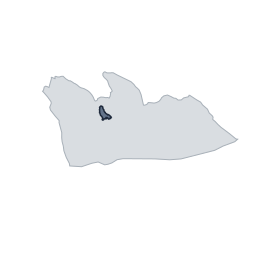 location of Suakoko, Bong, Liberia, rotated 310°
{"feature_id": "62588387B13478865264863", "entity_name": "Suakoko", "entity_type": "district", "adm_level": 2, "iso_a3": "LBR", "parent_name": "Liberia", "parent_adm1": "Bong", "projection": "equal_earth", "projection_center": [-9.592, 7.068], "detail": "fine", "context": "in_parent", "style": "filled", "palette": "slate", "viewbox_px": 256, "rotation_deg": 310, "n_neighbors": 0, "source": "geoboundaries", "source_scale": "gbopen_adm2", "svg_char_len": 3329}
<svg xmlns="http://www.w3.org/2000/svg" viewBox="0 0 256 256"><g transform="rotate(310 128 128)"><path d="M61.5,107.8L63.2,105.8L65.8,99.6L69.3,93.6L72.6,90.0L75.2,86.3L77.9,83.5L81.9,80.2L87.9,71.6L89.4,70.6L90.3,64.7L91.9,57.1L93.6,54.7L97.7,53.3L98.7,52.0L100.1,46.6L101.1,40.4L101.2,39.0L102.8,38.9L105.5,37.5L107.2,38.1L107.9,39.9L108.2,41.4L116.6,37.6L117.3,36.8L117.8,36.9L118.8,40.4L119.4,40.2L120.0,39.2L120.5,39.1L121.2,39.5L121.8,41.2L122.9,42.6L124.7,43.7L125.9,45.1L125.7,48.8L126.2,52.5L127.0,53.3L127.4,55.5L127.6,57.9L128.0,59.1L128.3,61.5L128.2,64.1L128.5,65.9L129.9,69.1L130.7,73.0L130.7,75.8L130.2,78.8L129.3,81.5L127.8,84.4L127.6,85.6L128.6,86.3L130.0,86.5L131.1,85.9L134.1,87.2L135.7,89.2L137.0,91.6L138.3,92.8L138.8,94.3L140.9,93.9L143.4,92.4L143.9,91.7L144.6,92.1L146.2,92.2L147.3,89.6L148.2,86.6L150.1,83.4L151.0,82.1L151.3,80.0L151.4,77.3L152.1,75.0L153.6,73.7L155.3,73.7L156.2,74.2L156.7,76.5L158.1,78.2L159.2,79.4L159.8,79.9L160.8,81.2L161.7,85.8L165.4,100.5L165.2,104.5L164.5,107.2L164.5,109.8L164.2,112.3L162.0,116.5L155.5,125.1L156.0,125.9L157.5,126.9L159.1,127.4L160.5,127.1L162.1,129.3L163.9,132.0L165.7,133.4L168.4,134.6L170.8,134.7L172.8,134.3L175.6,134.8L178.6,137.0L179.7,140.7L180.4,144.0L181.5,145.6L181.6,148.4L183.8,150.8L186.8,151.3L190.8,154.2L191.8,154.0L192.2,153.7L192.7,154.2L193.7,162.5L194.5,166.9L194.1,168.7L193.6,170.1L193.5,176.8L191.7,180.6L191.5,184.8L191.0,186.2L189.0,187.4L189.0,190.6L188.5,194.6L188.3,198.7L188.9,209.6L189.0,217.7L189.9,219.2L186.1,218.6L175.2,212.4L166.7,208.8L138.4,188.5L130.5,180.4L121.5,168.3L101.3,143.9L96.7,140.0L90.9,138.1L87.4,136.0L84.8,133.8L82.8,127.0L77.8,123.0L68.5,117.3L61.5,107.8Z" fill="#d9dde1" stroke="#a8b0b8" stroke-width="1"/><path d="M127.8,95.2L127.8,94.8L127.9,94.3L127.8,94.0L127.7,93.6L127.4,93.1L127.1,93.1L126.9,93.2L126.6,93.0L126.4,93.0L125.9,92.9L125.5,93.0L125.4,93.1L125.2,93.5L124.7,93.9L124.3,94.1L123.9,94.2L123.6,94.6L123.4,94.8L122.8,95.3L122.2,95.9L121.4,96.4L121.4,96.8L121.1,97.3L120.8,97.9L120.4,98.2L120.3,98.4L120.1,98.8L120.1,99.2L120.0,99.6L120.1,100.0L119.8,100.7L119.8,101.1L119.7,101.3L119.6,101.7L119.4,102.1L119.1,102.5L118.9,102.8L118.7,102.9L118.7,103.0L118.5,102.6L118.2,102.6L117.9,102.8L117.7,103.3L117.9,103.6L118.1,103.8L118.4,103.9L118.6,104.0L119.4,103.8L119.7,103.9L119.7,104.0L119.9,104.1L120.3,104.4L120.6,104.6L120.7,104.9L120.7,105.0L120.8,105.3L121.1,105.4L121.3,105.4L121.5,105.4L121.8,105.1L121.8,104.5L121.9,104.4L122.0,104.5L122.2,104.8L122.4,105.0L122.4,105.4L122.6,105.4L122.6,105.6L122.5,105.8L122.7,106.1L122.6,106.3L122.4,106.5L122.3,106.8L122.3,107.1L122.3,107.3L122.5,107.4L122.6,107.5L122.8,107.8L123.3,107.9L123.4,108.1L123.6,108.1L123.8,108.2L124.0,108.3L124.2,108.5L124.5,108.5L124.6,108.4L124.6,108.1L124.7,107.8L124.8,107.7L125.2,107.7L125.3,107.7L125.5,108.0L125.7,107.6L125.7,107.0L125.7,106.6L125.7,106.4L125.8,105.8L125.8,105.6L125.6,104.7L125.6,104.4L125.5,104.1L125.4,103.8L125.3,103.7L125.0,103.7L125.1,103.3L125.0,103.2L125.0,102.7L125.0,102.2L124.9,102.0L124.9,101.7L124.9,101.3L125.0,101.2L125.1,100.8L125.2,100.7L125.3,100.6L125.2,100.3L125.1,100.1L125.3,99.8L125.3,99.5L125.4,99.3L125.7,98.6L126.0,98.2L126.5,97.6L126.5,97.1L126.9,96.1L127.0,96.0L127.4,95.5L127.6,95.3L127.7,95.2L127.8,95.2Z" fill="#64748b" stroke="#1e293b" stroke-width="1.5"/></g></svg>